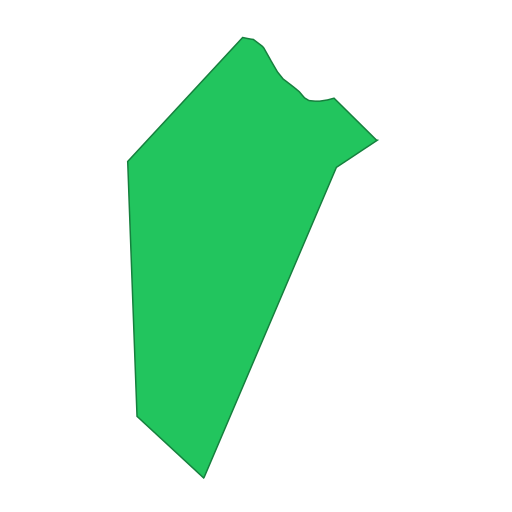 Olibo, Laborie, Saint Lucia (Mercator projection), rotated 87°
{"feature_id": "8701671B22058673565731", "entity_name": "Olibo", "entity_type": "district", "adm_level": 2, "iso_a3": "LCA", "parent_name": "Saint Lucia", "parent_adm1": "Laborie", "projection": "mercator", "projection_center": [-61.001, 13.777], "detail": "fine", "context": "isolated", "style": "filled", "palette": "green", "viewbox_px": 512, "rotation_deg": 87, "n_neighbors": 0, "source": "geoboundaries", "source_scale": "gbopen_adm2", "svg_char_len": 516}
<svg xmlns="http://www.w3.org/2000/svg" viewBox="0 0 512 512"><g transform="rotate(87 256 256)"><path d="M37.1,257.9L154.9,379.2L157.1,379.2L198.8,379.9L409.9,383.2L474.9,319.9L474.3,319.4L171.7,171.1L146.7,128.8L146.4,129.8L102.5,169.8L103.9,176.4L104.7,184.3L104.5,188.5L103.8,193.4L103.5,195.1L100.6,199.3L94.2,204.2L89.5,209.3L80.6,219.7L73.9,224.5L73.2,225.0L61.7,230.9L60.8,231.3L48.7,237.3L47.0,238.6L39.6,247.3L39.2,249.6L38.2,253.7L37.1,257.9Z" fill="#22c55e" stroke="#15803d" stroke-width="1.5"/></g></svg>